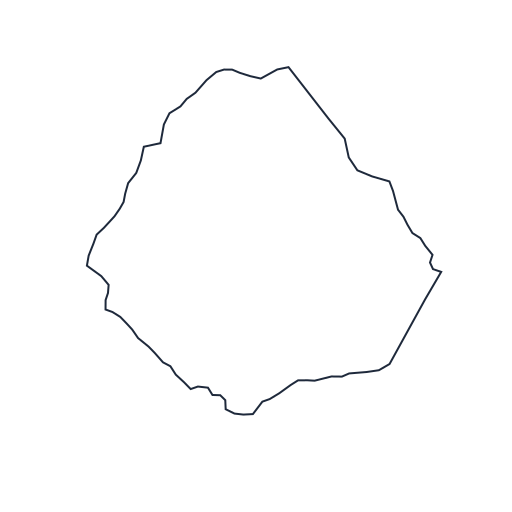 Canoas, Rio Grande do Sul, Brazil (Mercator projection), rotated 51°
{"feature_id": "56859067B11854924468229", "entity_name": "Canoas", "entity_type": "district", "adm_level": 2, "iso_a3": "BRA", "parent_name": "Brazil", "parent_adm1": "Rio Grande do Sul", "projection": "mercator", "projection_center": [-51.18, -29.916], "detail": "fine", "context": "isolated", "style": "outline", "palette": "slate", "viewbox_px": 512, "rotation_deg": 51, "n_neighbors": 0, "source": "geoboundaries", "source_scale": "gbopen_adm2", "svg_char_len": 1188}
<svg xmlns="http://www.w3.org/2000/svg" viewBox="0 0 512 512"><g transform="rotate(51 256 256)"><path d="M384.9,122.1L377.6,126.7L370.6,124.9L366.2,118.1L354.6,118.1L345.5,117.0L336.6,120.0L327.0,118.6L318.3,116.7L309.4,116.5L291.7,108.6L282.0,105.4L267.2,115.7L253.2,123.3L237.8,121.9L220.6,113.2L194.9,113.2L129.7,111.9L124.4,122.1L121.1,140.6L112.6,147.3L103.5,153.3L96.2,157.2L91.0,163.5L88.0,171.1L88.2,183.8L91.0,200.3L90.3,211.0L92.2,220.6L90.6,233.4L95.8,244.8L108.2,259.2L100.5,274.4L109.3,285.4L116.1,296.8L118.9,309.5L125.2,318.4L130.7,324.9L133.5,332.1L136.1,341.0L138.4,356.5L139.1,366.4L144.0,374.4L150.4,385.8L157.1,393.5L174.3,388.9L185.7,388.7L191.6,394.3L195.6,400.6L202.9,406.6L209.2,402.8L218.0,399.8L227.2,399.0L235.2,398.5L245.6,399.3L258.8,396.5L267.7,395.7L280.1,395.2L287.8,391.9L297.7,393.0L308.7,391.4L318.3,390.5L320.9,383.3L328.1,376.2L336.6,377.3L341.7,371.4L348.7,370.6L356.0,376.0L364.9,371.9L371.3,365.6L376.9,357.9L373.2,342.7L375.8,335.4L377.3,324.4L378.1,310.0L379.1,301.6L384.9,294.3L389.8,288.9L397.1,273.2L403.8,265.1L405.9,257.5L415.8,243.0L422.1,232.4L424.0,220.2L396.1,151.8L384.9,122.1Z" fill="none" stroke="#1e293b" stroke-width="2"/></g></svg>